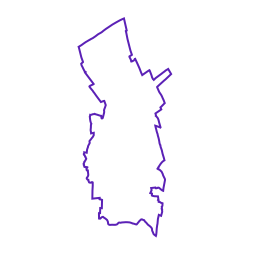 the district of Viisoara, Vaslui, Romania, rotated 266°
{"feature_id": "2599482B20766138756023", "entity_name": "Viisoara", "entity_type": "district", "adm_level": 2, "iso_a3": "ROU", "parent_name": "Romania", "parent_adm1": "Vaslui", "projection": "natural_earth1", "projection_center": [27.881, 46.387], "detail": "fine", "context": "isolated", "style": "outline", "palette": "violet", "viewbox_px": 256, "rotation_deg": 266, "n_neighbors": 0, "source": "geoboundaries", "source_scale": "gbopen_adm2", "svg_char_len": 5575}
<svg xmlns="http://www.w3.org/2000/svg" viewBox="0 0 256 256"><g transform="rotate(266 128 128)"><path d="M225.4,133.5L237.6,131.6L236.2,127.9L234.5,124.2L232.3,119.7L229.7,115.2L228.4,112.9L226.6,110.1L225.7,108.9L224.9,107.5L223.7,104.9L222.8,103.5L221.8,102.0L220.1,99.1L219.3,97.2L216.7,91.9L215.4,89.7L213.9,87.3L212.4,84.4L211.8,84.6L202.2,86.3L201.3,86.5L197.1,87.7L196.9,87.7L196.2,86.8L195.4,85.8L194.1,86.0L193.2,86.3L191.9,86.9L191.6,87.0L189.8,87.7L187.7,88.6L187.3,89.0L186.8,89.6L186.3,89.0L183.7,90.7L174.3,96.8L173.9,96.2L172.8,93.2L172.3,92.5L172.0,92.4L170.2,93.5L167.6,95.4L166.3,96.1L165.5,96.7L162.5,98.5L155.8,102.8L156.7,105.7L156.7,106.2L152.4,107.4L150.6,106.7L148.2,105.6L147.3,105.3L146.8,105.4L146.4,105.4L145.3,105.3L144.5,105.1L140.6,103.8L139.5,103.3L139.4,103.1L139.4,102.5L139.9,102.2L140.5,102.3L140.7,102.2L141.6,102.2L142.0,102.1L142.1,101.4L143.6,97.7L143.7,97.2L144.4,95.8L144.2,95.6L144.3,95.0L144.2,94.6L144.2,94.1L144.2,93.8L144.0,93.3L143.9,92.7L143.6,91.4L143.7,91.2L143.3,91.1L143.1,91.2L142.6,91.0L142.2,90.7L141.8,90.8L141.3,90.7L139.7,90.8L139.2,90.8L137.2,91.0L136.9,91.1L135.8,91.3L134.8,91.6L134.7,91.7L133.9,91.3L133.5,91.3L133.2,91.2L131.1,91.0L128.7,90.6L127.8,90.6L126.6,90.8L125.2,90.8L125.6,93.5L123.2,93.3L121.9,92.5L121.1,91.9L120.9,91.6L118.7,89.7L118.0,88.9L117.8,88.8L116.9,88.6L116.1,88.8L115.6,88.7L113.2,87.2L112.4,86.8L111.9,86.8L110.4,86.1L109.4,85.7L108.5,85.5L106.2,85.1L106.6,83.4L106.8,82.7L106.4,82.7L105.7,82.3L105.2,82.1L104.6,82.1L104.4,82.2L104.3,82.4L104.2,82.6L103.9,82.6L103.6,82.9L103.2,83.1L102.9,83.1L102.4,83.2L102.0,83.5L101.9,83.7L101.4,83.7L100.9,83.9L100.8,84.0L100.4,84.2L100.2,84.2L99.6,83.8L98.3,83.0L97.6,82.3L97.2,82.0L96.9,82.1L96.0,81.6L95.7,81.3L95.3,81.2L95.0,81.4L94.1,81.3L93.9,81.4L93.9,81.6L93.7,81.6L92.4,81.7L92.2,81.9L91.9,84.0L91.7,84.7L91.4,84.7L90.7,83.8L90.5,83.7L89.0,83.8L88.9,83.9L88.7,84.2L88.5,85.0L87.9,85.0L87.9,84.7L87.7,84.7L87.6,84.8L87.1,85.0L84.5,85.1L83.9,85.1L83.3,84.9L82.4,84.5L81.9,84.1L81.3,83.5L80.7,83.3L80.2,83.4L79.3,84.1L79.1,84.5L79.1,84.8L78.0,84.9L77.9,85.0L77.4,85.1L76.5,85.4L76.4,85.5L76.2,86.0L76.2,86.5L76.1,86.8L76.0,87.1L76.1,87.4L76.5,88.1L76.5,88.4L76.3,88.9L76.1,89.0L72.9,88.8L68.2,88.2L60.0,87.5L60.3,94.9L59.5,94.9L58.9,94.7L58.7,95.2L58.7,95.5L58.5,96.2L58.1,97.1L57.0,97.0L49.8,96.3L50.1,94.7L45.1,94.2L45.3,93.2L45.2,93.1L43.8,93.0L39.7,92.8L39.5,93.8L39.6,94.0L39.9,94.5L40.2,94.7L40.5,95.1L40.9,95.8L41.1,96.4L41.1,96.9L40.3,97.7L39.5,98.8L38.4,100.0L37.7,100.7L37.0,101.0L35.9,101.4L34.1,101.5L33.6,101.6L33.2,101.9L32.7,102.7L32.6,103.4L32.6,104.4L32.6,105.3L32.3,108.3L32.4,109.4L32.7,110.4L33.0,110.8L33.8,111.6L34.1,112.0L34.3,112.5L34.0,114.0L34.2,115.3L34.2,119.1L34.1,120.4L33.7,123.1L33.2,124.4L32.9,125.2L32.5,125.7L32.2,127.0L31.9,127.7L31.2,129.5L31.3,130.0L34.7,133.2L35.4,134.2L35.9,134.8L35.9,135.5L35.6,136.1L35.3,136.6L35.0,137.5L34.9,137.7L34.6,137.9L34.2,138.0L33.6,138.4L33.1,138.8L32.4,139.5L30.2,141.1L28.5,143.0L27.3,144.1L26.9,144.4L25.7,144.9L24.2,144.9L23.4,145.1L23.0,145.3L21.2,145.9L20.5,146.1L19.7,146.8L18.4,148.3L19.2,148.6L22.3,149.2L22.5,149.2L26.0,149.7L29.3,150.4L30.2,150.7L35.2,151.5L39.2,152.7L38.1,154.9L40.1,155.6L41.8,156.2L42.5,156.3L43.3,156.2L44.2,156.4L44.4,156.3L44.5,156.1L45.1,155.9L45.5,156.2L45.7,156.3L46.1,156.2L47.1,156.2L47.2,156.5L48.1,156.9L48.8,157.0L50.5,157.2L50.8,156.6L50.9,156.3L51.0,155.9L51.4,155.2L51.7,155.0L51.9,154.6L52.0,154.2L52.0,153.9L52.2,153.4L52.4,153.4L53.8,153.5L54.1,152.9L55.1,153.3L55.4,153.3L57.7,153.1L58.1,149.6L58.2,149.1L58.8,147.3L59.2,147.1L59.7,147.2L60.5,147.3L60.5,147.2L61.1,147.1L61.5,145.7L62.0,145.9L62.7,146.4L63.4,146.6L63.9,147.1L64.5,147.2L66.5,146.9L66.7,151.2L66.0,151.4L65.9,151.8L66.0,152.5L66.1,153.0L66.3,153.4L66.2,153.6L66.4,154.1L66.3,154.4L66.2,154.7L65.9,155.1L64.4,156.6L63.6,157.5L63.1,158.2L62.9,158.7L65.6,159.2L70.9,160.6L73.6,161.3L74.0,161.3L74.7,161.2L75.7,160.8L77.6,160.0L78.8,159.6L79.8,159.4L82.2,158.4L82.6,158.0L83.0,157.6L83.3,157.4L84.0,156.7L84.4,156.2L84.6,155.5L85.3,154.6L86.3,155.3L86.3,155.5L86.5,155.7L86.7,155.8L86.9,155.7L89.9,158.0L91.0,159.0L92.1,160.2L93.0,161.6L93.2,162.1L95.6,161.7L99.9,160.7L103.3,160.2L105.2,159.7L106.9,159.2L108.6,159.1L108.7,158.9L109.2,158.7L109.8,158.6L110.5,158.4L113.1,158.2L113.6,158.1L114.5,158.0L115.8,157.8L118.6,157.2L119.8,157.1L121.2,156.7L123.0,156.3L123.8,156.2L126.4,155.7L128.4,155.4L128.3,155.7L126.9,158.9L126.5,159.9L126.2,160.3L126.4,160.5L131.5,159.4L132.8,159.2L134.3,158.9L135.2,158.6L135.7,158.4L136.1,158.2L137.7,157.0L138.1,156.6L138.4,156.8L140.6,156.4L144.2,162.5L146.3,161.8L146.9,162.6L147.8,163.6L150.3,166.4L151.5,166.0L152.3,165.8L153.8,165.3L155.6,164.6L156.8,164.2L157.5,163.9L158.1,163.7L160.1,162.6L160.9,162.1L161.9,161.6L166.7,159.9L166.9,159.9L167.1,160.1L169.8,163.5L170.9,164.9L173.1,167.7L173.7,168.6L178.8,174.8L184.1,172.2L183.6,171.3L183.0,170.1L182.7,169.5L182.0,168.6L180.3,165.9L180.1,165.7L175.9,159.1L174.2,157.1L174.9,156.6L175.0,156.5L175.1,156.3L177.0,155.5L178.1,155.3L179.0,155.1L182.6,154.0L183.6,153.7L184.1,153.5L184.2,153.4L183.0,151.2L179.8,145.9L181.9,145.1L186.8,143.6L192.0,141.7L196.1,140.1L196.5,140.0L196.4,139.6L195.9,139.5L194.9,138.4L194.7,138.0L194.6,137.4L194.1,136.5L194.1,135.9L194.4,135.8L194.8,135.8L195.5,135.7L197.0,135.2L197.6,134.9L198.5,134.5L199.1,134.4L199.3,134.4L199.5,134.7L200.5,136.7L200.6,136.9L200.7,137.0L204.8,135.9L207.4,135.4L216.8,133.7L224.0,132.8L224.1,132.7L224.7,132.6L225.0,132.6L225.3,133.1L225.4,133.5Z" fill="none" stroke="#5b21b6" stroke-width="2"/></g></svg>